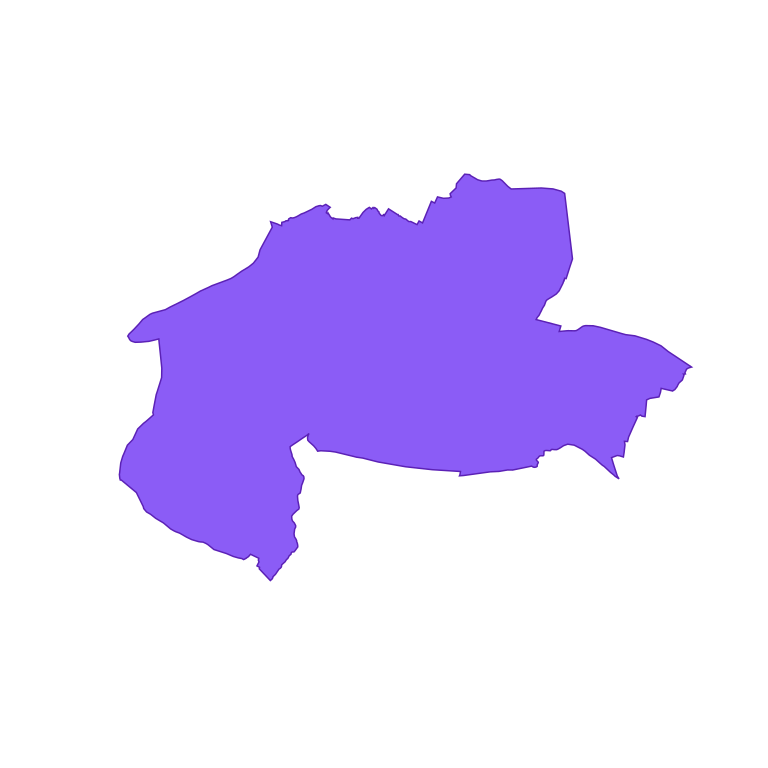 outline of Ohaba, Alba, Romania, rotated 241°
{"feature_id": "2599482B92968068732645", "entity_name": "Ohaba", "entity_type": "district", "adm_level": 2, "iso_a3": "ROU", "parent_name": "Romania", "parent_adm1": "Alba", "projection": "orthographic", "projection_center": [23.801, 46.088], "detail": "fine", "context": "isolated", "style": "filled", "palette": "violet", "viewbox_px": 768, "rotation_deg": 241, "n_neighbors": 0, "source": "geoboundaries", "source_scale": "gbopen_adm2", "svg_char_len": 5367}
<svg xmlns="http://www.w3.org/2000/svg" viewBox="0 0 768 768"><g transform="rotate(241 384 384)"><path d="M463.1,634.4L466.7,632.5L472.7,626.4L479.1,616.7L492.9,589.8L496.8,588.1L504.4,586.0L506.7,584.9L507.4,584.1L508.4,581.5L508.9,579.6L510.1,577.1L511.9,572.0L514.0,568.2L514.8,567.3L517.3,564.9L524.0,560.9L525.6,560.4L528.4,556.3L524.0,544.5L520.5,542.1L518.4,534.1L516.9,533.6L515.0,533.5L515.3,530.7L517.6,526.0L521.7,521.5L517.7,516.1L520.8,514.0L507.4,497.3L506.2,495.8L509.6,493.7L507.4,490.2L507.8,489.9L513.1,486.2L514.1,484.4L517.7,483.0L518.9,481.6L521.6,480.2L523.0,479.7L523.7,478.5L525.2,478.5L525.2,478.2L535.0,472.9L531.2,465.9L532.9,466.0L532.2,465.6L531.7,464.9L532.3,463.7L532.9,463.1L535.8,462.6L536.9,463.0L538.5,462.5L540.3,462.6L542.8,461.4L542.6,460.2L543.7,460.0L543.2,457.9L545.6,456.8L545.4,453.1L544.2,448.8L541.1,442.4L541.7,441.4L542.5,441.8L543.2,439.9L543.6,437.0L544.8,436.0L544.1,433.7L551.7,422.0L553.8,420.1L553.1,419.4L556.0,418.2L560.7,418.0L560.2,417.4L561.7,416.6L562.8,417.6L563.5,418.8L564.2,420.9L564.6,422.6L569.3,420.2L569.4,416.2L570.8,415.1L571.4,413.7L572.1,410.4L571.8,405.5L572.3,397.1L572.8,394.0L572.7,391.4L572.7,388.7L573.0,386.1L573.5,384.5L574.7,383.0L574.6,380.2L574.6,380.3L573.4,379.8L573.3,379.4L574.3,377.3L574.1,376.0L574.9,373.0L572.1,371.2L573.8,369.5L575.5,368.4L580.9,363.5L577.5,362.8L575.3,362.3L566.3,348.2L561.5,340.7L556.0,335.4L553.0,328.3L552.0,322.3L551.7,314.3L551.2,309.6L550.6,304.6L550.5,301.4L551.0,297.0L551.9,291.1L553.4,281.3L553.6,277.1L554.3,268.6L554.2,263.4L554.2,257.2L554.3,248.9L555.0,234.1L555.0,228.8L558.2,215.8L558.4,213.1L557.6,206.3L557.4,204.2L555.3,198.7L553.1,191.9L552.4,189.4L551.3,185.2L551.0,184.7L550.1,183.1L548.2,183.2L546.1,183.1L544.4,183.6L543.0,184.7L541.1,186.6L538.5,191.7L538.0,192.8L536.5,196.3L535.3,199.0L533.9,203.9L532.6,208.9L529.2,207.4L519.5,203.3L505.5,197.3L497.4,192.6L491.4,186.3L487.4,182.1L485.1,179.6L476.1,172.1L471.1,168.0L468.8,167.4L467.0,159.3L466.6,157.3L466.2,154.6L464.5,148.3L464.1,146.8L457.2,137.4L454.9,129.9L448.9,122.4L447.5,120.5L442.6,115.5L434.3,109.6L433.2,108.7L429.6,107.2L427.8,106.8L427.3,107.7L409.1,114.8L393.5,114.0L391.7,113.5L391.2,113.5L387.2,114.3L383.2,116.7L377.2,119.2L369.5,123.7L360.7,127.1L357.4,129.1L355.7,130.3L352.7,132.9L345.9,137.0L341.1,140.4L336.2,145.2L335.0,146.7L333.4,149.1L330.7,151.1L328.7,152.2L321.7,155.0L312.1,164.0L306.2,168.6L302.5,172.3L300.2,175.1L299.3,175.6L298.5,176.1L298.4,177.4L298.4,178.8L298.5,178.8L298.7,181.7L299.8,184.7L292.3,190.0L290.9,188.7L289.0,188.4L286.5,184.7L284.0,186.3L282.8,185.3L267.2,189.3L267.7,191.6L268.4,192.7L269.3,193.6L270.2,196.9L273.0,202.4L273.1,203.9L273.5,205.1L273.9,205.7L275.5,206.9L276.5,211.4L277.3,212.7L277.8,213.9L278.0,215.2L278.9,216.6L279.8,217.9L280.1,220.0L281.3,221.0L281.6,222.3L280.8,223.8L281.3,225.3L283.3,229.6L284.9,230.4L286.8,231.0L288.5,231.2L289.5,231.7L291.3,231.8L293.7,231.6L296.6,232.7L300.4,235.5L301.7,237.4L303.0,238.1L306.0,238.2L307.2,237.9L308.5,237.6L310.5,237.9L313.2,239.2L314.2,241.3L315.6,246.5L315.9,248.9L317.0,249.9L320.2,251.0L324.0,252.2L325.5,252.9L327.5,253.8L328.6,254.5L329.1,255.4L329.3,257.9L332.4,260.6L335.3,262.8L336.9,264.8L339.9,268.1L341.7,268.9L343.0,268.9L343.4,268.6L344.7,268.1L345.9,268.1L347.6,267.9L350.5,268.2L354.3,267.2L355.3,267.5L358.5,268.2L361.9,268.5L363.8,268.5L365.6,268.6L366.2,269.1L367.4,269.4L371.4,270.2L373.1,270.7L374.7,271.5L375.0,274.0L375.5,280.3L376.1,286.3L376.5,291.8L377.1,294.4L376.5,293.6L376.0,292.8L374.0,291.0L371.8,290.1L369.9,290.5L367.0,291.5L364.1,292.5L360.7,293.2L357.4,293.4L356.3,296.3L351.4,304.1L348.0,308.6L335.2,322.5L333.4,324.4L329.6,329.4L318.7,341.0L301.2,362.7L285.7,384.6L270.4,408.5L267.8,406.4L267.1,405.5L265.4,409.2L255.6,434.5L251.8,442.2L248.9,450.4L246.4,454.8L242.3,467.9L240.6,473.3L238.9,474.3L238.0,475.5L237.6,477.1L237.7,478.0L239.2,479.0L240.4,480.8L241.0,481.0L243.4,480.4L244.3,480.7L244.7,482.9L245.5,484.7L245.5,485.7L244.1,488.4L244.1,489.0L244.9,489.7L247.6,491.3L247.7,492.5L247.1,493.9L245.1,496.9L245.0,497.4L245.5,498.4L245.4,499.2L244.0,501.2L242.9,503.2L242.7,504.2L242.7,507.2L243.0,511.2L242.3,515.5L238.3,520.7L230.7,525.8L227.8,527.2L222.2,529.1L215.7,532.6L210.1,534.5L207.1,535.6L205.2,536.6L196.8,539.3L193.2,540.8L191.2,541.4L187.1,543.6L190.3,543.4L198.0,544.9L203.0,545.9L209.3,547.3L208.4,553.3L207.0,555.2L204.1,558.0L207.7,560.8L214.0,565.3L217.3,566.5L215.6,569.1L219.0,572.2L225.7,581.0L231.8,589.3L233.2,588.8L233.3,589.6L232.8,590.3L232.5,593.3L230.8,594.0L228.9,596.5L238.3,603.0L242.8,606.0L242.5,609.6L239.4,618.2L242.7,621.8L245.8,624.3L237.9,633.1L238.1,633.6L238.1,635.6L239.6,639.1L240.8,640.7L241.9,642.6L242.9,646.9L246.1,650.5L247.4,650.7L247.1,651.0L246.7,652.5L247.8,652.5L250.3,655.8L250.4,658.1L249.7,661.2L274.6,648.3L283.1,644.8L283.8,644.3L290.2,639.8L295.8,635.2L304.5,626.8L309.9,619.4L312.8,616.4L328.6,600.8L333.5,595.2L337.3,588.7L337.9,586.9L338.1,585.5L337.5,580.1L337.5,578.0L338.2,576.3L341.4,570.8L342.1,569.3L345.0,562.7L349.0,566.8L366.6,548.3L367.9,550.2L368.9,552.9L370.5,555.2L371.6,556.9L373.5,559.5L375.1,562.5L377.9,565.7L378.5,567.0L378.7,569.1L378.8,573.1L379.2,578.3L380.6,582.4L385.3,589.3L387.4,591.6L387.2,591.7L388.2,592.7L388.9,593.2L387.9,594.4L396.5,603.5L402.0,609.5L463.1,634.4Z" fill="#8b5cf6" stroke="#5b21b6" stroke-width="1.5"/></g></svg>